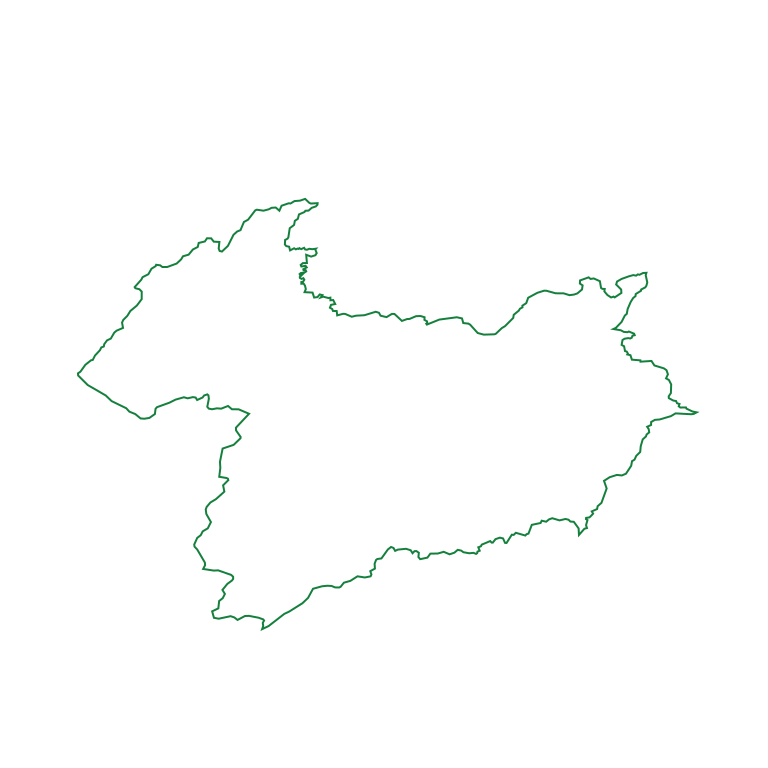 outline of Ban Kha, Ratchaburi, Thailand, rotated 71°
{"feature_id": "78962969B84740319728586", "entity_name": "Ban Kha", "entity_type": "district", "adm_level": 2, "iso_a3": "THA", "parent_name": "Thailand", "parent_adm1": "Ratchaburi", "projection": "equal_earth", "projection_center": [99.377, 13.332], "detail": "fine", "context": "isolated", "style": "outline", "palette": "green", "viewbox_px": 768, "rotation_deg": 71, "n_neighbors": 0, "source": "geoboundaries", "source_scale": "gbopen_adm2", "svg_char_len": 6163}
<svg xmlns="http://www.w3.org/2000/svg" viewBox="0 0 768 768"><g transform="rotate(71 384 384)"><path d="M590.2,248.8L586.1,241.6L586.3,239.0L583.2,238.9L578.9,235.9L577.5,237.0L576.4,236.5L577.0,233.2L576.4,231.8L574.7,228.5L572.1,229.0L571.6,223.2L569.1,221.8L567.2,217.1L555.3,207.5L547.2,207.5L545.6,200.9L545.8,193.4L547.9,188.9L547.6,184.4L541.8,176.9L537.7,174.6L537.1,171.8L534.0,168.8L531.7,163.9L526.4,161.5L520.6,157.4L518.9,153.4L517.2,152.1L516.1,149.0L512.8,148.4L510.1,149.1L509.7,144.8L506.9,143.8L506.1,139.5L507.3,134.9L507.8,123.2L506.7,117.9L512.6,103.4L513.1,100.9L512.6,97.6L510.4,101.3L505.7,106.1L504.5,106.1L502.7,111.5L501.0,112.6L499.1,111.1L497.6,113.2L495.2,113.4L493.8,115.9L490.1,119.3L488.3,118.8L486.0,115.7L477.9,112.6L473.0,113.3L470.5,115.5L467.3,112.4L462.9,112.4L460.3,114.3L454.5,122.3L449.3,123.6L446.4,134.2L445.1,133.9L441.7,141.7L437.0,141.6L435.3,144.3L434.7,143.5L432.4,143.9L431.3,145.4L426.5,144.7L424.4,146.6L420.1,144.2L419.5,141.9L420.1,138.2L421.1,136.4L420.9,134.7L419.2,133.3L419.5,131.1L417.9,131.1L414.1,135.4L414.3,136.9L412.8,140.3L410.3,142.6L406.7,149.2L406.4,146.5L402.7,139.2L397.7,134.0L396.7,131.6L392.4,129.2L386.6,123.9L383.8,120.4L382.8,117.6L380.9,116.7L379.5,110.6L378.4,110.1L377.7,105.5L376.6,104.0L373.7,102.0L366.2,101.1L364.3,99.7L363.4,102.9L363.9,106.9L363.0,108.3L363.6,110.4L362.2,112.8L361.9,117.7L362.0,125.2L363.0,130.3L365.5,132.1L371.9,129.0L375.2,129.9L377.2,137.7L376.1,138.5L376.1,141.1L372.6,143.8L368.2,145.5L366.0,144.4L365.1,146.6L363.8,147.5L357.1,146.4L352.5,151.3L351.9,154.5L349.8,155.8L349.9,164.9L352.8,166.1L355.4,164.1L359.1,166.0L361.3,171.7L361.3,175.2L360.4,179.7L356.8,184.6L354.1,192.2L348.7,200.1L347.9,202.2L347.7,209.3L349.4,219.6L353.9,223.2L355.0,227.7L356.6,228.1L357.1,231.0L358.5,232.6L360.8,238.8L363.6,240.3L368.7,250.7L369.5,254.4L373.0,262.1L372.9,263.6L369.8,273.6L366.3,278.8L356.0,283.2L354.4,284.5L352.2,289.2L347.4,288.9L344.6,293.4L341.1,310.7L341.8,324.1L340.7,324.4L340.3,323.2L338.8,322.9L336.5,324.9L334.1,323.9L331.7,327.2L330.3,331.5L330.8,338.7L330.1,341.0L330.2,346.5L321.2,351.3L320.3,353.7L321.6,359.8L318.3,365.0L315.0,365.6L313.0,368.3L312.6,380.1L310.3,388.2L309.9,392.6L305.1,397.9L304.3,399.9L303.9,405.9L299.6,405.0L298.3,408.5L296.3,408.5L294.3,410.3L291.9,408.3L292.5,404.1L288.1,404.7L287.4,407.4L284.9,406.6L284.6,408.6L281.6,413.1L281.6,415.7L279.9,413.3L278.4,415.6L280.2,418.6L279.5,421.9L274.3,421.8L271.3,429.2L268.8,427.0L265.2,426.7L262.9,427.3L262.3,429.5L260.7,429.0L260.9,427.2L259.5,425.4L257.7,425.8L257.8,427.7L256.3,429.0L255.4,428.8L253.9,425.6L253.6,427.9L252.6,428.0L252.0,426.6L252.7,422.7L252.2,420.9L250.9,421.0L250.2,423.0L249.2,422.9L248.6,419.1L246.7,419.7L246.0,423.9L244.3,424.0L243.3,421.4L244.5,417.5L236.5,415.5L239.8,411.4L239.9,406.9L238.3,405.0L234.4,405.2L233.9,404.3L233.2,407.9L231.8,410.7L232.0,413.1L231.1,414.8L229.2,415.2L229.5,418.4L228.0,419.8L228.5,420.7L227.8,421.7L228.0,423.5L226.4,424.8L227.1,429.3L223.3,429.0L221.8,431.5L219.8,432.3L215.6,430.6L215.2,427.9L214.2,426.7L206.0,422.4L204.3,417.2L200.7,415.2L199.8,411.7L196.0,409.2L195.5,403.2L194.6,401.9L195.5,398.9L193.9,395.0L193.9,390.6L192.8,388.5L191.4,387.9L189.6,394.3L188.5,395.6L183.3,398.3L183.3,403.7L181.9,409.1L182.9,413.6L182.1,415.3L182.1,422.8L186.1,426.5L181.9,428.9L180.8,433.0L181.3,435.9L180.9,441.5L177.8,447.5L177.9,449.2L184.4,459.0L185.2,463.7L191.8,469.6L192.0,473.2L193.9,477.7L202.6,486.6L206.0,494.1L204.7,496.1L202.1,496.2L196.1,493.4L194.0,498.6L190.0,500.0L188.6,503.9L190.9,507.0L190.3,513.3L193.8,515.5L194.6,520.9L198.1,526.6L197.8,532.5L200.1,535.2L202.6,540.8L202.8,550.8L201.2,555.5L198.9,557.0L197.1,560.6L198.2,561.5L199.3,566.3L203.5,571.1L204.4,577.5L206.4,579.6L211.2,588.2L212.5,587.9L214.8,584.4L217.8,583.0L224.9,585.5L229.4,592.2L232.4,600.1L236.0,604.5L238.6,609.8L240.7,611.7L246.0,612.5L246.5,619.4L247.6,622.3L252.1,627.5L252.6,631.7L255.3,635.6L257.3,636.7L257.4,639.4L259.6,641.6L263.0,648.0L266.4,651.5L266.2,653.3L268.6,660.1L273.5,667.0L274.3,669.9L276.4,670.4L288.5,664.5L304.3,650.8L311.5,647.1L323.0,635.6L327.2,633.8L331.5,628.9L337.3,625.4L338.8,621.9L339.7,616.9L337.8,610.4L333.1,608.1L332.0,606.2L331.8,592.9L330.9,586.2L331.4,577.5L333.6,574.3L334.2,568.9L335.5,566.5L338.3,565.9L337.7,559.9L336.3,557.9L336.3,554.4L337.6,553.7L340.9,554.4L348.0,558.5L350.2,557.7L351.9,554.8L352.6,549.9L354.3,546.0L354.0,538.6L358.4,536.0L360.6,529.7L368.2,521.3L377.1,538.2L379.7,539.0L387.4,536.8L388.6,537.4L392.6,546.0L392.5,557.6L404.1,564.4L410.1,566.1L418.1,570.0L421.5,563.7L422.7,562.4L424.2,562.5L427.4,569.1L433.8,570.0L438.2,580.5L439.5,586.7L442.5,591.7L444.6,593.4L449.1,594.3L458.2,592.6L463.1,597.6L464.3,603.4L467.3,606.5L468.7,610.7L474.0,615.7L476.1,616.1L479.6,614.5L494.5,611.5L497.0,612.1L500.0,615.2L505.0,605.7L506.2,601.5L514.8,590.6L517.1,589.4L519.2,590.1L520.3,591.7L522.0,597.2L526.1,603.8L530.7,602.8L534.0,606.2L535.5,610.5L542.2,613.7L543.0,620.5L549.7,620.9L552.1,616.7L553.6,604.6L556.0,601.5L559.4,599.3L558.1,591.0L559.3,587.1L564.2,578.6L567.3,574.8L568.6,574.4L570.4,576.4L573.5,577.0L576.1,579.0L575.3,571.9L568.9,553.1L568.3,547.7L564.7,532.4L561.5,525.4L554.5,517.8L555.1,508.4L556.3,503.3L557.9,499.3L560.4,496.5L561.8,492.7L561.6,491.0L558.8,486.6L559.2,479.9L557.2,471.7L560.7,465.1L561.5,459.3L560.0,457.9L556.5,457.9L555.6,452.7L550.9,451.4L547.8,448.8L547.3,447.3L548.1,443.2L541.7,434.2L540.4,430.4L542.1,428.4L545.4,427.8L545.1,424.8L547.0,416.8L549.9,412.9L553.3,412.1L552.0,409.6L552.5,407.8L554.9,406.0L558.8,407.8L561.4,406.8L562.3,399.5L559.5,395.4L561.8,388.3L562.1,382.2L566.4,377.4L566.4,372.3L564.8,368.3L566.6,365.3L568.9,363.7L571.8,358.5L572.8,354.3L574.6,352.3L574.3,351.0L572.9,350.2L572.8,347.8L569.1,348.0L569.0,345.2L567.7,343.9L567.1,334.7L569.0,333.9L569.4,332.8L567.0,329.1L567.0,324.5L568.8,321.7L573.6,321.3L574.2,319.9L568.1,312.2L568.9,310.5L567.6,307.8L573.3,299.7L572.4,298.1L572.5,296.1L565.3,290.1L566.4,281.2L564.6,279.4L567.0,275.5L565.7,271.9L565.7,268.6L570.1,262.4L570.7,256.4L572.4,253.7L574.7,252.6L576.1,249.4L583.9,247.0L590.2,248.8Z" fill="none" stroke="#15803d" stroke-width="2"/></g></svg>